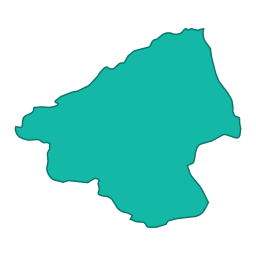 outline of Elbasan
{"feature_id": "ALB-1524", "entity_name": "Elbasan", "entity_type": "County", "adm_level": 1, "iso_a3": "ALB", "parent_name": "Albania", "parent_adm1": "", "projection": "robinson", "projection_center": [20.152, 41.052], "detail": "fine", "context": "isolated", "style": "filled", "palette": "teal", "viewbox_px": 256, "rotation_deg": 0, "n_neighbors": 0, "source": "natural_earth", "source_scale": "10m", "svg_char_len": 2309}
<svg xmlns="http://www.w3.org/2000/svg" viewBox="0 0 256 256"><path d="M218.9,81.4L227.8,93.1L231.7,99.9L232.9,106.6L232.8,111.8L234.5,115.8L239.4,117.9L239.5,118.9L239.7,123.7L240.6,128.2L240.6,129.9L239.8,135.3L238.9,137.0L237.7,137.9L235.2,137.7L226.3,134.7L224.9,134.5L223.8,134.5L222.0,135.3L212.3,140.6L210.4,141.3L209.0,141.6L200.4,144.2L198.9,145.2L197.3,146.9L195.9,150.8L195.3,153.3L194.7,158.0L193.9,161.1L193.3,162.8L187.3,165.6L190.0,173.6L191.5,176.2L199.1,185.3L201.9,189.4L208.4,202.5L204.8,209.3L202.7,212.4L199.5,214.9L195.7,216.4L177.3,218.5L168.0,220.9L166.0,224.2L156.6,227.1L148.8,227.2L146.9,226.5L146.4,225.6L145.4,223.5L143.6,222.3L141.5,222.0L137.9,221.9L135.7,221.4L130.2,219.1L132.5,215.7L130.7,214.4L128.0,213.1L122.4,211.7L119.8,210.2L117.6,208.2L111.8,199.1L109.6,197.4L106.7,196.3L102.8,195.9L99.5,194.9L98.3,194.0L98.3,192.7L99.1,190.0L99.2,188.7L99.0,187.2L98.3,184.5L98.2,183.5L98.3,182.7L99.2,180.6L98.4,179.3L97.7,179.0L95.7,178.3L93.6,178.9L87.7,182.6L68.3,180.5L63.1,182.2L53.3,179.6L51.9,178.6L49.8,176.6L47.6,172.5L47.1,170.7L46.9,169.0L46.9,167.4L48.0,162.2L48.0,160.7L47.4,153.7L47.6,152.7L49.5,149.2L49.8,143.5L46.6,142.3L45.6,142.6L43.7,142.7L42.0,141.8L39.5,140.0L37.1,139.5L28.4,140.1L22.5,138.5L19.0,136.6L17.0,134.3L15.9,131.6L15.5,129.7L15.4,128.5L15.8,126.7L20.9,127.5L21.7,126.8L22.4,125.6L22.5,122.9L22.7,120.7L23.5,117.7L25.5,115.8L31.2,113.2L32.7,111.9L33.5,110.6L34.0,107.5L41.7,106.9L49.1,107.5L53.9,106.7L57.0,105.5L58.1,104.3L58.2,103.6L57.4,103.1L56.0,102.7L55.3,101.9L55.1,101.1L60.9,96.5L72.4,92.1L77.6,91.1L88.3,85.9L90.0,84.5L97.3,76.7L100.3,72.3L103.8,68.4L105.7,67.2L107.2,67.1L108.3,68.0L109.9,68.7L112.0,69.1L113.5,68.7L114.8,67.8L118.6,64.2L120.2,63.2L124.2,62.8L128.2,55.8L133.5,51.5L136.0,50.4L148.9,47.1L150.0,46.1L150.6,45.2L152.1,41.8L153.5,40.3L154.1,40.0L155.0,39.7L156.5,39.3L157.4,38.9L158.3,38.3L159.1,37.4L162.6,34.7L164.4,33.7L166.4,33.0L168.6,32.9L170.8,33.1L173.4,34.1L176.9,34.3L178.9,33.9L180.6,33.3L182.1,32.1L184.5,29.3L185.8,28.8L186.9,29.0L188.0,30.3L188.8,30.1L189.6,29.4L190.5,28.9L191.9,28.8L194.9,29.7L197.9,30.3L201.3,29.2L203.6,28.9L203.0,31.4L203.1,34.4L203.7,38.3L205.0,41.3L210.4,48.5L210.5,48.6L210.4,49.1L211.7,58.0L214.7,69.6L215.8,73.9L218.9,81.4Z" fill="#14b8a6" stroke="#0f766e" stroke-width="1.5"/></svg>